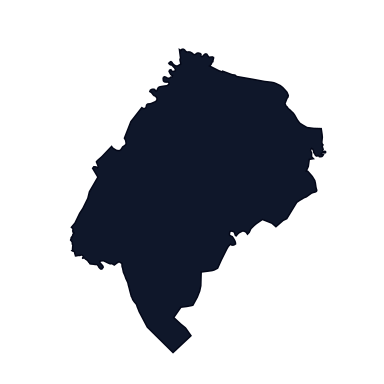 the district of Guri, Jigawa, Nigeria, rotated 218°
{"feature_id": "59680162B66353567053476", "entity_name": "Guri", "entity_type": "district", "adm_level": 2, "iso_a3": "NGA", "parent_name": "Nigeria", "parent_adm1": "Jigawa", "projection": "orthographic", "projection_center": [10.497, 12.643], "detail": "fine", "context": "isolated", "style": "filled", "palette": "ink", "viewbox_px": 384, "rotation_deg": 218, "n_neighbors": 0, "source": "geoboundaries", "source_scale": "gbopen_adm2", "svg_char_len": 5976}
<svg xmlns="http://www.w3.org/2000/svg" viewBox="0 0 384 384"><g transform="rotate(218 192 192)"><path d="M104.3,78.1L112.8,80.7L113.8,80.9L119.8,81.0L129.1,81.8L129.8,94.4L127.3,96.9L125.6,98.6L122.7,101.9L121.6,103.3L123.1,112.4L125.0,118.8L127.3,123.5L135.5,134.6L131.4,138.7L127.8,142.4L126.5,144.2L124.9,147.7L127.1,156.7L129.6,169.1L129.7,170.3L129.9,171.4L129.6,174.5L127.9,174.7L126.9,175.4L126.1,176.6L125.7,177.9L126.9,179.1L128.6,180.1L130.6,180.9L132.7,181.6L135.5,181.0L136.5,181.7L137.6,183.7L137.5,185.0L136.3,185.8L135.1,186.2L134.0,186.4L131.1,184.5L130.2,184.6L130.2,185.6L130.1,187.4L129.8,188.9L128.1,192.5L126.8,193.2L125.3,193.6L124.1,193.5L122.3,192.9L122.1,195.5L123.0,199.3L122.4,203.9L121.8,206.7L119.6,213.7L114.3,215.3L109.8,216.6L104.5,216.3L102.7,225.7L100.9,229.3L103.1,248.3L102.2,251.2L100.3,256.2L98.9,258.6L97.2,264.5L96.4,265.9L94.8,268.0L94.4,269.0L94.5,269.8L95.0,270.4L96.3,271.3L97.4,272.2L100.2,274.9L102.3,276.6L106.8,278.3L113.5,279.6L114.4,279.3L114.9,278.9L116.1,283.8L119.7,289.9L116.8,293.0L119.5,293.4L121.9,296.6L123.9,297.4L124.6,299.0L124.6,300.0L123.6,300.2L122.6,299.8L121.7,299.3L120.7,298.4L120.0,297.9L119.0,297.8L118.2,297.3L117.3,296.9L116.2,296.9L115.5,297.4L115.5,298.1L114.9,298.5L114.1,298.4L113.4,298.2L112.8,298.6L112.0,299.3L111.4,300.1L111.3,301.3L111.5,302.4L112.3,301.9L112.7,301.4L113.3,301.2L113.7,301.3L113.9,302.3L113.4,303.2L112.9,303.7L112.3,304.1L112.0,304.6L111.3,304.6L111.0,305.3L111.7,306.1L112.4,305.9L113.1,304.8L113.9,304.5L114.8,305.2L114.9,306.4L117.4,308.0L117.8,309.8L119.0,310.0L120.3,311.1L120.5,311.4L123.0,315.4L125.2,317.7L129.2,321.5L135.2,317.1L141.1,313.6L146.2,312.9L149.5,312.6L153.5,313.7L158.7,315.9L160.8,316.5L163.2,316.7L165.6,317.0L167.4,316.9L169.4,317.6L170.7,317.6L173.2,318.9L174.8,324.3L174.8,325.9L175.6,327.4L178.6,329.1L181.7,329.7L184.9,330.2L188.0,330.2L192.5,329.2L194.8,328.5L197.1,327.3L203.0,323.7L213.6,318.2L228.0,310.5L230.1,310.6L232.7,309.1L242.2,306.1L241.9,305.3L244.1,304.6L245.5,304.1L255.8,302.1L255.6,303.1L255.6,304.8L256.0,306.1L256.1,307.6L255.9,307.7L256.3,308.3L257.1,310.0L257.2,310.3L257.5,310.9L257.9,311.3L258.6,311.0L259.1,311.0L260.7,309.5L261.1,308.7L263.2,309.0L265.1,309.7L266.1,309.4L266.7,308.6L267.0,307.2L267.1,306.0L267.2,305.2L267.8,304.6L268.5,304.5L269.0,304.9L269.3,305.6L269.8,306.1L270.7,306.2L271.7,305.8L272.5,305.5L273.4,304.7L273.8,303.7L274.0,302.5L274.4,302.0L275.1,301.4L276.1,301.4L277.4,301.5L278.7,301.3L279.7,301.1L280.7,300.5L281.7,299.6L282.4,298.8L282.5,298.8L282.8,299.1L284.0,299.0L284.9,299.3L285.3,299.4L285.7,299.4L286.3,299.3L287.0,299.1L287.5,298.6L288.0,297.8L287.5,297.1L287.5,296.9L288.0,296.7L289.6,296.5L283.5,290.5L283.2,289.2L282.3,288.2L280.8,287.1L279.6,285.7L281.1,282.2L282.5,281.4L283.9,281.1L286.5,281.3L287.5,281.8L288.9,281.8L289.3,281.1L289.3,280.3L289.6,279.2L288.7,278.9L287.4,278.9L286.4,279.5L285.0,279.5L283.7,279.2L282.2,279.1L280.9,278.5L280.3,278.1L280.0,277.2L280.0,276.6L280.9,275.6L281.8,275.0L282.7,274.8L283.9,275.4L284.7,274.2L284.3,272.9L281.9,271.8L281.0,271.5L279.9,271.5L279.0,271.7L278.7,270.9L278.6,270.1L279.5,269.4L279.6,268.1L280.8,266.9L281.9,266.5L283.3,266.4L284.6,265.9L285.1,264.8L284.6,263.6L283.0,262.0L282.1,261.8L281.1,262.0L280.3,262.5L279.4,263.2L278.6,263.9L277.7,263.8L276.9,263.6L276.6,262.9L276.8,261.5L277.2,260.3L278.9,258.6L280.5,256.9L282.1,255.1L282.8,253.7L282.6,252.4L282.1,250.2L282.3,249.3L283.5,249.4L284.5,249.8L285.4,249.5L286.3,248.8L287.0,247.9L287.5,246.6L287.1,245.2L286.3,245.2L285.6,245.5L283.5,245.0L282.4,244.7L281.2,244.6L279.9,245.0L279.0,244.9L277.8,244.5L276.9,244.0L276.4,243.0L276.2,241.7L276.5,240.6L277.7,238.4L278.2,237.4L279.2,235.9L280.0,235.1L281.0,234.2L281.3,233.4L281.3,232.4L280.7,231.3L280.2,229.9L280.6,228.9L281.1,228.1L282.2,227.7L283.5,227.6L283.5,209.9L278.4,192.8L276.2,191.9L274.5,190.4L273.3,188.9L273.7,187.0L274.4,184.8L274.2,183.1L274.1,180.9L275.0,179.6L277.1,178.3L278.7,178.1L280.7,177.9L281.9,177.9L283.4,178.4L284.5,167.0L284.7,164.9L285.0,163.0L285.5,160.5L285.9,158.3L285.9,156.9L283.3,155.4L281.7,154.5L281.4,153.4L281.4,152.9L282.4,152.9L283.4,152.5L284.9,151.5L284.9,149.5L275.3,145.8L273.0,129.1L270.2,122.9L267.9,111.9L267.4,106.1L265.1,95.5L265.3,89.9L264.9,89.8L264.5,90.1L264.1,90.1L263.6,89.8L263.1,89.6L262.8,89.2L262.2,88.5L262.1,87.9L261.8,87.7L261.2,87.3L260.7,87.2L260.3,87.4L259.9,87.2L259.7,86.9L260.1,86.6L259.6,86.3L259.7,85.9L259.7,85.2L259.5,84.7L259.2,84.1L259.1,83.5L259.1,82.3L258.7,82.2L258.6,81.8L258.7,81.5L258.9,81.3L258.5,80.7L258.3,80.0L258.1,79.4L257.2,79.2L256.6,79.1L256.0,78.8L255.3,78.6L254.8,78.3L254.6,77.6L254.1,77.2L253.6,76.9L253.2,76.9L252.8,76.5L252.7,76.0L252.4,75.5L252.0,74.9L251.4,74.0L250.8,73.2L250.3,72.8L250.3,72.6L250.5,72.2L250.6,71.9L250.2,71.9L249.8,72.0L249.3,72.1L248.9,72.4L248.4,72.6L247.8,72.4L247.2,72.0L246.1,71.0L245.6,70.9L245.2,70.6L244.6,69.9L244.4,69.9L244.1,70.2L243.7,70.6L243.0,71.5L242.2,72.3L241.8,72.6L241.3,72.9L241.1,73.3L240.8,73.7L240.4,74.4L239.6,74.6L238.7,74.6L237.8,74.3L237.6,74.0L237.7,73.0L237.6,72.6L237.3,72.5L237.0,72.9L236.8,73.3L236.6,73.8L236.1,73.9L235.5,73.7L234.9,73.6L234.3,73.6L233.7,73.8L233.0,73.7L232.3,73.7L230.7,73.4L230.1,73.1L229.2,73.1L228.5,72.7L228.2,72.6L227.7,72.8L227.1,73.2L226.4,73.6L225.7,74.1L224.8,74.6L223.9,75.1L223.0,75.7L222.3,76.3L221.8,76.3L221.1,76.2L220.3,76.0L219.5,75.6L218.7,75.3L217.0,75.1L216.5,75.1L215.6,75.8L215.6,76.3L215.6,77.0L215.6,77.9L216.2,78.5L217.1,78.9L219.2,79.3L221.0,79.6L221.6,80.1L221.7,81.1L220.8,82.1L219.5,83.3L217.3,83.8L215.3,84.2L213.7,84.6L212.3,85.0L210.9,86.3L208.3,86.6L207.9,88.0L207.5,89.8L207.0,90.8L206.9,91.7L205.9,92.3L204.8,92.3L203.3,92.6L201.2,90.2L199.6,89.1L196.6,86.5L193.6,84.9L190.8,83.1L186.8,81.1L184.9,79.5L181.8,77.2L180.6,76.2L177.0,73.5L175.6,72.4L174.5,72.0L172.4,70.7L169.8,69.9L166.5,69.2L164.3,67.7L163.0,67.0L160.0,65.2L144.0,58.0L108.1,53.8L104.3,78.1Z" fill="#0f172a" stroke="#020617" stroke-width="1.5"/></g></svg>